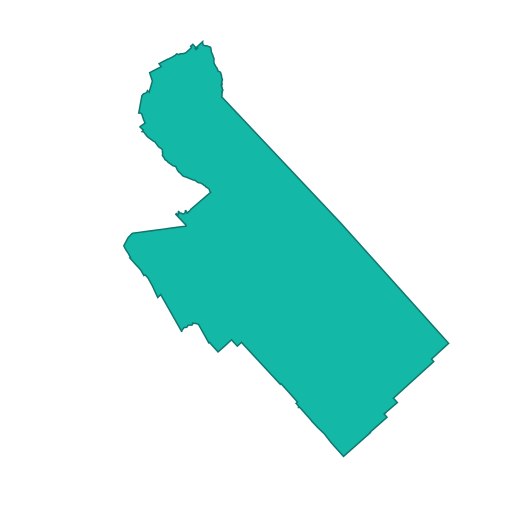 General Pedernera, San Luis, Argentina (Equal Earth projection), rotated 318°
{"feature_id": "61730980B72595291642381", "entity_name": "General Pedernera", "entity_type": "district", "adm_level": 2, "iso_a3": "ARG", "parent_name": "Argentina", "parent_adm1": "San Luis", "projection": "equal_earth", "projection_center": [-65.599, -33.81], "detail": "fine", "context": "isolated", "style": "filled", "palette": "teal", "viewbox_px": 512, "rotation_deg": 318, "n_neighbors": 0, "source": "geoboundaries", "source_scale": "gbopen_adm2", "svg_char_len": 5661}
<svg xmlns="http://www.w3.org/2000/svg" viewBox="0 0 512 512"><g transform="rotate(318 256 256)"><path d="M340.7,449.8L341.0,288.8L337.0,114.8L337.1,114.7L337.4,114.5L337.6,114.4L337.9,114.0L338.1,114.0L338.2,113.8L338.5,113.4L338.8,113.1L339.0,113.0L339.0,112.9L339.2,112.6L339.3,112.5L339.9,112.3L340.1,112.2L340.3,111.7L340.5,111.5L340.5,111.2L340.8,111.2L340.9,111.3L341.1,111.2L341.1,110.9L341.8,110.7L342.3,110.7L342.5,110.3L342.5,110.0L342.5,109.6L342.8,109.1L342.9,108.9L343.0,108.8L343.3,108.8L343.4,108.7L343.3,107.9L343.7,107.6L343.7,107.2L343.9,107.1L344.3,106.8L344.3,106.6L344.3,106.1L344.4,105.9L344.6,105.7L344.9,105.3L345.0,105.3L345.4,105.8L345.5,105.9L345.8,105.6L346.4,104.8L346.6,104.4L346.9,104.1L346.9,103.8L346.8,103.6L347.0,103.4L347.4,103.5L347.8,103.3L348.0,103.1L348.3,102.7L348.5,102.7L348.8,102.8L348.9,102.7L349.1,102.2L349.4,101.8L349.6,101.5L349.6,101.3L349.7,101.0L349.7,100.8L349.9,100.2L350.4,99.7L350.6,99.5L350.8,99.4L351.3,98.3L351.4,98.2L351.5,98.0L351.6,97.8L351.8,97.3L352.1,96.7L352.3,96.5L352.3,96.2L352.4,95.7L352.4,95.1L352.2,94.6L352.1,94.2L351.5,93.1L351.5,92.8L352.0,92.2L352.2,91.8L352.6,90.7L352.7,90.2L352.8,89.5L352.8,89.0L352.9,88.6L353.0,87.8L353.2,87.1L353.4,86.4L353.5,85.7L353.8,85.1L354.0,84.3L354.5,83.7L354.9,83.3L355.3,82.7L355.9,82.2L356.3,81.7L356.7,81.5L357.0,81.0L357.4,79.7L357.6,79.1L357.9,78.6L358.5,77.2L358.8,76.2L359.0,75.7L359.1,75.2L359.3,74.7L359.7,74.1L360.0,73.3L360.3,73.1L360.7,72.7L361.7,71.0L361.9,70.5L361.3,69.1L360.9,68.7L360.9,68.4L360.5,67.9L360.4,67.4L359.7,66.5L358.6,65.3L358.1,64.5L358.0,63.6L358.6,62.7L359.0,61.7L359.6,61.2L359.8,61.0L351.8,61.1L351.8,62.5L349.5,62.5L349.5,61.1L350.7,61.1L350.7,56.4L347.7,56.4L347.4,58.0L339.8,58.0L338.9,57.7L338.4,57.3L338.1,57.2L337.8,57.2L337.6,57.2L337.3,56.8L336.4,56.2L335.2,55.1L334.8,54.9L334.4,54.8L333.8,54.8L333.5,54.7L333.2,54.5L333.1,54.3L332.6,53.0L332.5,52.8L332.3,52.7L331.5,52.7L331.2,52.7L330.6,52.9L330.4,52.9L328.3,52.4L327.0,52.2L322.7,51.0L322.1,50.6L320.1,50.1L319.1,49.9L318.6,49.7L315.5,48.9L312.6,48.2L312.3,51.9L299.6,48.6L296.4,55.8L296.1,56.6L295.8,56.8L286.1,62.8L286.0,60.5L285.4,60.8L284.9,61.0L283.7,61.2L282.9,61.1L281.4,60.4L281.1,60.3L280.7,60.2L279.0,60.4L278.5,60.5L278.0,60.9L264.5,71.3L265.9,72.7L266.0,74.3L265.0,76.4L263.6,79.7L262.6,83.0L257.0,82.3L256.1,82.4L256.5,87.1L254.6,87.3L255.1,87.9L255.2,88.2L255.4,88.6L255.5,88.9L255.5,89.5L255.1,94.0L255.2,94.7L255.2,95.1L256.5,101.5L256.6,101.9L257.1,103.2L257.2,103.7L257.2,104.1L256.7,109.0L256.7,109.6L256.7,110.0L256.8,110.4L257.5,113.2L257.6,113.7L257.5,114.1L257.5,114.3L257.3,114.6L257.2,114.8L256.2,115.9L255.9,116.2L255.7,116.6L255.5,117.1L255.3,117.4L254.9,117.7L254.0,118.4L253.8,118.6L253.6,118.9L253.5,119.2L253.5,119.5L253.6,120.4L253.6,120.8L253.5,121.2L253.3,121.6L253.2,121.9L252.9,123.4L252.9,123.8L253.0,124.1L253.3,125.3L253.4,125.7L253.5,126.1L253.4,126.6L253.4,127.9L253.5,128.1L253.5,128.3L253.8,128.8L253.8,129.1L254.5,132.5L254.6,133.0L254.7,133.3L256.0,135.4L256.1,135.7L256.1,135.8L256.2,136.0L256.1,136.4L256.0,136.5L255.1,139.5L255.0,140.0L254.9,141.5L254.8,141.9L254.9,142.2L255.1,143.2L255.2,143.5L255.2,146.4L255.2,147.1L255.4,147.8L255.5,148.3L255.7,148.7L257.3,151.3L257.5,151.7L257.7,152.2L257.8,152.6L260.3,157.7L260.5,158.0L261.1,158.6L261.3,159.0L261.4,159.4L262.0,162.2L262.1,162.5L262.3,162.9L262.5,163.3L262.7,163.6L262.9,163.8L263.3,164.2L263.5,164.4L263.8,164.9L264.4,166.9L264.5,167.5L264.6,168.2L264.6,168.5L264.7,168.9L265.0,169.3L265.0,169.6L265.1,169.8L265.1,170.1L265.0,170.8L265.0,171.0L265.0,171.3L265.1,171.6L265.3,171.9L265.3,172.1L265.4,172.3L265.9,174.2L265.9,174.5L265.9,174.9L265.8,175.3L265.7,175.5L265.5,175.9L265.3,176.2L265.1,176.9L265.0,177.5L264.9,177.9L265.0,178.3L238.6,177.7L237.5,178.0L236.1,178.2L235.9,178.0L235.6,177.9L235.4,177.8L235.1,177.8L234.0,178.3L233.8,178.2L233.6,178.0L233.4,177.7L233.4,177.4L233.5,177.2L234.0,175.9L234.2,175.6L234.3,175.4L234.2,175.3L234.0,175.2L233.9,175.2L233.6,175.2L233.6,175.3L233.0,176.0L232.8,176.2L232.6,176.3L230.7,176.4L230.3,176.3L230.1,176.2L229.9,176.0L229.3,174.4L229.2,174.2L228.2,173.2L228.0,172.8L228.1,172.6L228.3,172.0L228.4,171.5L228.4,171.3L228.3,171.1L228.2,171.1L227.9,171.1L227.3,171.8L227.0,172.3L226.9,172.4L226.7,172.6L226.4,172.7L226.2,172.7L226.1,172.9L225.8,173.3L225.6,173.4L225.3,173.2L225.2,173.1L225.1,172.9L225.3,171.3L225.3,171.2L225.1,171.1L224.6,171.3L224.2,171.5L224.3,171.8L224.3,172.1L224.3,172.4L224.6,185.1L224.9,185.4L224.0,187.0L216.7,181.9L199.8,170.4L179.8,156.7L179.6,156.6L179.2,156.4L178.8,156.4L173.8,156.7L173.5,156.7L164.9,159.8L164.7,159.9L164.3,160.8L163.5,164.0L163.1,166.3L163.0,167.9L162.5,169.8L161.8,173.0L160.9,172.9L160.9,182.2L161.0,187.6L160.8,190.8L160.6,190.9L159.6,195.5L159.8,195.5L160.9,195.8L161.1,198.9L161.0,200.2L159.8,205.4L159.0,208.9L155.2,221.1L159.4,220.9L152.2,253.5L150.1,262.8L150.7,261.9L151.6,261.6L154.1,261.2L154.8,261.2L155.5,261.6L156.2,262.2L156.7,262.6L157.2,262.6L157.8,262.5L158.6,262.2L159.0,262.1L159.4,262.1L159.8,262.4L161.8,264.2L162.2,264.4L162.5,264.5L163.1,264.4L163.5,264.1L163.8,263.7L164.0,263.5L166.3,266.1L167.5,268.2L167.5,268.4L162.8,289.0L163.6,289.0L163.6,301.9L172.6,302.0L181.7,301.9L181.8,310.5L187.4,310.4L187.9,346.3L188.2,367.6L189.2,367.6L189.2,379.8L189.1,392.3L187.2,392.3L187.2,396.0L186.2,397.0L187.2,397.7L187.1,415.4L186.9,415.6L187.1,424.9L187.8,433.8L187.0,444.4L186.9,463.5L222.8,463.8L222.8,463.3L245.5,463.5L245.5,459.1L247.0,459.1L247.3,459.4L247.6,459.3L247.6,459.1L263.0,459.5L263.0,453.6L300.1,453.4L311.0,453.4L317.4,453.4L317.5,450.0L340.7,449.8Z" fill="#14b8a6" stroke="#0f766e" stroke-width="1.5"/></g></svg>